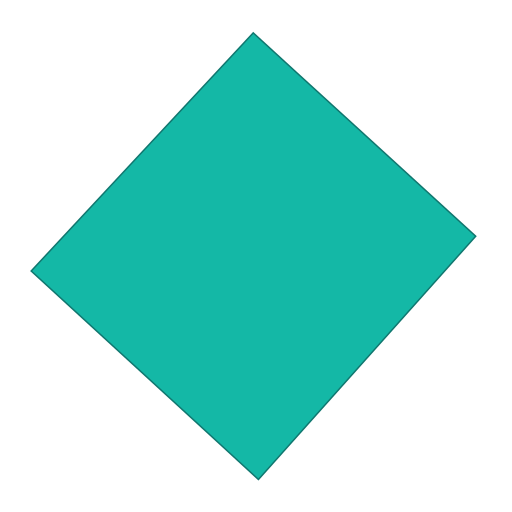 the district of Chalileo, La Pampa, Argentina, rotated 313°
{"feature_id": "61730980B72501201061130", "entity_name": "Chalileo", "entity_type": "district", "adm_level": 2, "iso_a3": "ARG", "parent_name": "Argentina", "parent_adm1": "La Pampa", "projection": "equal_earth", "projection_center": [-66.489, -36.399], "detail": "fine", "context": "isolated", "style": "filled", "palette": "teal", "viewbox_px": 512, "rotation_deg": 313, "n_neighbors": 0, "source": "geoboundaries", "source_scale": "gbopen_adm2", "svg_char_len": 405}
<svg xmlns="http://www.w3.org/2000/svg" viewBox="0 0 512 512"><g transform="rotate(313 256 256)"><path d="M236.2,101.8L173.1,101.8L95.3,101.8L91.7,101.8L93.8,353.8L94.0,383.1L94.2,410.2L98.8,410.1L364.3,404.4L420.3,403.2L419.4,312.7L418.8,252.8L417.8,159.2L417.3,102.0L417.3,101.8L413.0,101.8L390.5,101.8L378.1,101.8L236.3,101.8L236.2,101.8Z" fill="#14b8a6" stroke="#0f766e" stroke-width="1.5"/></g></svg>